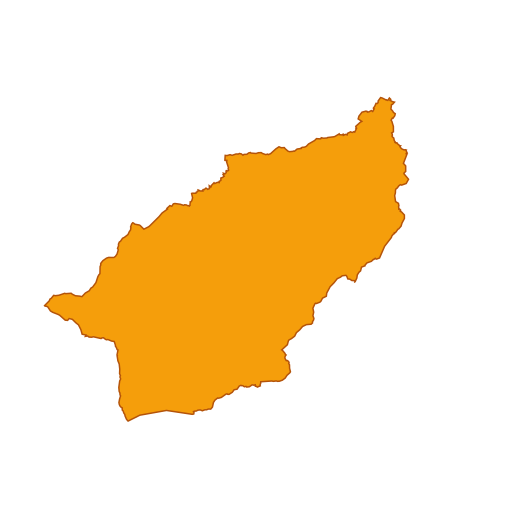 Tiha Bargaului, Bistrita-Nasaud, Romania (Natural Earth projection), rotated 137°
{"feature_id": "2599482B23596270309682", "entity_name": "Tiha Bargaului", "entity_type": "district", "adm_level": 2, "iso_a3": "ROU", "parent_name": "Romania", "parent_adm1": "Bistrita-Nasaud", "projection": "natural_earth1", "projection_center": [24.915, 47.238], "detail": "fine", "context": "isolated", "style": "filled", "palette": "amber", "viewbox_px": 512, "rotation_deg": 137, "n_neighbors": 0, "source": "geoboundaries", "source_scale": "gbopen_adm2", "svg_char_len": 6076}
<svg xmlns="http://www.w3.org/2000/svg" viewBox="0 0 512 512"><g transform="rotate(137 256 256)"><path d="M56.8,286.9L60.9,286.1L62.1,284.9L63.4,284.9L64.1,285.8L67.1,284.5L69.3,284.1L69.5,283.7L69.2,283.0L72.1,282.1L72.5,283.7L75.1,284.4L76.4,285.3L76.1,285.9L76.8,287.0L80.4,288.9L85.3,288.1L87.8,286.6L86.8,282.3L88.6,282.7L94.6,282.8L95.1,281.6L95.7,281.4L95.4,280.8L99.3,279.3L99.7,280.2L101.2,280.6L101.8,281.4L102.1,282.3L105.5,283.3L106.7,282.4L107.6,283.9L109.7,284.6L109.0,285.4L109.1,285.7L110.4,285.8L112.3,287.9L111.9,288.6L116.8,289.6L117.9,290.2L122.8,293.8L123.6,293.9L126.3,296.1L127.6,298.0L128.6,297.6L129.2,297.9L131.7,300.6L134.4,300.5L141.2,302.1L144.4,301.9L146.4,302.6L148.0,303.9L149.1,304.3L149.5,303.8L153.0,306.2L156.4,306.4L157.0,307.2L157.7,307.4L160.4,309.5L161.1,310.9L161.5,314.9L161.3,315.9L163.7,318.0L164.7,320.2L168.4,320.8L175.6,320.9L177.9,321.8L178.0,322.6L179.7,323.5L181.3,326.5L181.7,328.1L183.8,329.9L186.0,330.9L189.5,334.7L189.5,335.5L191.1,336.4L193.3,336.6L195.5,338.5L196.8,338.6L197.1,340.7L198.2,342.3L199.4,342.6L201.0,344.2L204.8,345.9L205.9,347.8L208.7,349.2L209.9,350.6L213.5,347.2L213.4,346.8L213.0,346.8L212.1,345.8L213.4,344.7L215.9,339.4L217.0,338.7L217.4,337.5L217.8,337.3L219.0,337.8L219.5,338.7L220.0,338.6L220.9,337.3L222.5,337.2L223.4,338.8L224.0,337.6L224.6,337.9L224.9,336.0L225.7,336.3L226.6,336.1L228.5,337.0L230.2,335.2L232.0,335.7L232.8,334.8L233.2,335.3L233.0,335.5L234.5,336.4L236.7,337.1L236.7,338.2L240.8,338.0L241.5,337.3L242.1,337.2L242.3,339.2L244.1,337.1L245.9,337.7L246.0,339.0L246.3,339.8L248.9,339.9L249.2,340.6L250.3,340.5L250.6,339.8L252.6,341.8L252.9,343.1L253.2,343.6L253.5,342.8L254.7,343.4L255.5,343.0L256.3,343.4L257.2,342.9L260.0,345.6L260.5,345.6L262.7,341.8L265.3,340.2L266.6,340.1L267.4,340.4L267.6,339.8L268.9,339.0L269.6,338.1L270.8,338.0L271.0,338.9L271.7,339.5L272.1,340.8L273.3,342.2L274.4,342.4L276.1,345.5L279.5,349.7L280.9,350.5L283.7,349.8L284.6,351.6L288.7,351.6L288.7,350.7L295.4,351.5L300.0,350.9L313.1,350.5L314.6,350.6L319.7,352.1L319.9,357.2L320.2,358.2L322.9,361.9L323.1,363.6L323.5,364.4L325.1,364.2L327.9,362.8L328.1,362.1L330.2,360.5L331.8,360.3L335.0,359.0L339.5,359.4L341.5,360.0L345.0,359.2L346.5,359.4L348.5,358.5L349.6,357.2L352.1,356.0L352.3,354.8L352.9,354.2L356.3,352.2L359.0,351.6L360.9,351.8L364.8,355.5L366.8,356.4L371.1,357.0L374.0,356.6L375.0,356.2L375.6,355.3L377.2,354.6L382.2,349.5L383.7,349.4L385.8,348.7L391.2,345.7L396.6,344.7L398.7,345.1L401.6,344.3L406.1,345.3L411.0,345.0L412.5,347.1L415.2,350.1L416.4,353.3L416.6,354.8L417.2,355.3L420.8,358.2L421.4,359.2L426.9,361.7L429.8,363.8L430.8,365.2L434.6,364.7L436.1,365.0L437.7,364.2L444.5,363.9L444.5,363.3L443.4,361.9L443.0,360.8L443.8,356.0L443.1,353.5L440.6,348.3L440.0,346.6L439.3,339.2L437.7,337.4L435.3,337.7L433.5,334.9L433.3,330.0L432.8,326.7L434.3,321.6L436.5,317.4L434.2,314.1L435.6,313.6L433.7,312.3L433.4,310.6L431.6,308.7L430.0,307.8L425.6,301.3L424.4,301.1L423.3,300.2L422.9,297.6L422.3,296.5L421.7,296.3L421.0,295.4L419.7,292.4L418.0,290.2L419.5,286.9L420.4,285.7L420.5,284.4L421.4,282.3L421.0,281.4L425.2,278.4L425.3,277.7L425.8,277.5L428.5,273.5L429.7,270.3L432.8,266.2L436.0,263.0L436.8,260.9L437.4,260.8L438.2,260.0L438.6,258.8L439.2,258.2L440.9,257.6L446.0,253.4L448.4,250.3L449.0,248.6L450.2,247.1L450.4,246.1L453.2,244.5L456.2,242.3L457.3,240.5L457.8,238.9L457.8,237.2L457.4,236.2L458.9,234.5L458.8,233.4L459.8,231.2L460.0,229.7L460.9,228.2L462.0,225.1L462.2,222.8L462.1,222.5L449.5,218.8L426.8,204.1L410.6,183.7L409.3,182.9L408.1,183.8L407.9,184.8L407.0,184.6L405.3,183.3L403.7,182.9L401.8,181.5L400.8,179.4L398.3,178.4L397.0,177.2L395.3,176.6L393.5,174.9L390.9,175.2L387.0,177.9L384.2,178.6L380.9,178.3L380.3,177.5L377.8,176.2L372.4,175.5L371.2,175.0L371.1,174.2L370.1,173.2L366.3,172.5L363.2,173.1L360.7,171.5L356.9,172.3L356.1,172.0L355.2,171.7L355.0,171.0L354.1,170.2L353.7,168.3L352.2,167.4L352.2,166.5L350.0,164.9L346.7,164.4L345.6,162.9L344.4,162.3L345.3,161.2L344.7,160.5L344.4,159.2L341.4,158.1L341.0,158.9L339.4,159.7L338.3,160.8L329.7,153.8L328.8,152.5L326.4,150.8L325.8,149.7L324.2,148.4L321.4,147.2L318.0,146.8L314.7,147.6L311.1,147.5L309.8,147.8L308.0,151.0L305.7,153.6L305.4,155.0L304.6,155.4L304.1,156.7L304.5,158.4L305.2,158.8L304.7,161.1L304.3,161.9L303.1,162.8L301.5,163.1L301.7,163.9L301.2,165.1L301.0,168.9L301.2,169.8L293.6,169.7L290.3,171.8L289.0,172.1L286.5,171.4L282.4,171.0L278.7,172.4L274.3,172.2L270.0,172.7L265.9,171.4L262.2,168.5L260.3,168.5L259.7,169.3L257.4,170.0L256.2,170.9L255.1,173.5L252.1,175.6L250.0,179.0L245.7,180.8L244.8,180.9L244.3,180.1L240.9,178.7L239.6,178.6L236.1,179.8L232.0,178.6L229.5,180.7L222.7,183.0L217.4,183.2L212.0,184.0L208.6,182.9L206.4,182.7L203.4,180.5L203.4,179.3L204.5,176.6L203.2,175.1L202.6,172.7L200.7,170.7L200.6,170.2L201.3,169.7L201.0,169.6L197.3,171.1L194.8,173.1L191.7,173.9L189.7,173.8L186.4,175.9L183.0,174.5L182.7,174.9L179.6,175.3L175.2,173.4L172.5,173.5L172.3,173.1L170.4,173.0L170.3,171.9L169.9,171.5L167.0,170.3L155.3,175.4L144.4,177.2L143.0,178.0L140.4,178.3L139.6,178.0L138.9,178.7L138.4,178.1L137.2,178.1L134.0,178.8L133.1,178.5L129.5,178.9L126.8,180.5L121.9,182.2L119.5,184.8L119.5,188.9L120.0,190.3L119.1,190.8L119.3,191.1L118.9,191.7L119.0,192.6L119.6,192.9L117.8,195.1L117.2,195.3L115.9,197.4L116.8,200.6L113.4,205.6L111.0,207.1L109.0,209.1L107.9,209.6L106.2,209.4L103.9,209.9L101.8,209.7L101.1,208.5L96.7,206.6L92.1,208.1L91.7,215.3L90.8,215.8L88.9,215.7L85.1,219.8L85.0,223.2L76.2,227.5L76.5,228.4L76.1,228.6L75.2,228.2L74.3,230.9L73.8,231.0L74.2,231.8L75.3,232.6L76.2,234.5L76.4,236.6L76.1,237.6L76.0,238.0L75.2,238.0L75.6,238.6L76.0,241.8L75.7,242.7L76.6,243.3L76.9,244.2L76.4,244.4L76.2,246.1L74.8,248.3L75.0,250.1L74.7,251.0L74.0,251.2L73.3,252.1L72.9,253.5L70.8,253.1L67.2,257.0L64.8,261.8L64.6,263.2L62.2,263.9L61.9,263.3L58.9,263.9L57.1,265.1L57.6,267.3L57.2,268.5L57.1,271.5L53.6,274.3L52.6,273.8L49.8,274.1L51.2,276.2L51.1,276.7L51.9,278.3L50.6,278.7L50.7,280.6L53.5,279.9L54.1,281.3L54.4,281.3L55.9,285.4L56.8,286.9Z" fill="#f59e0b" stroke="#b45309" stroke-width="1.5"/></g></svg>